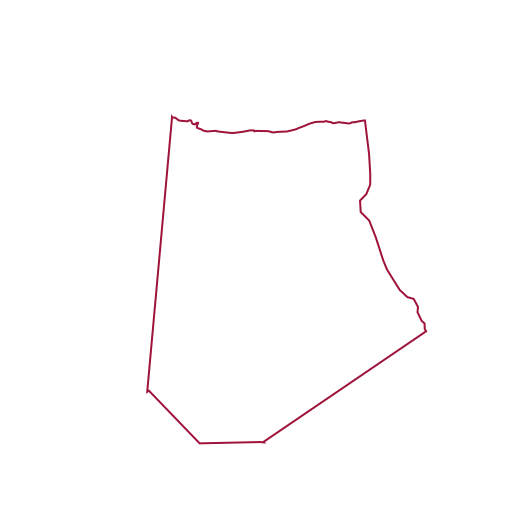 Morne La Croix, Soufrière, Saint Lucia (Mercator projection), rotated 58°
{"feature_id": "8701671B11486827062004", "entity_name": "Morne La Croix", "entity_type": "district", "adm_level": 2, "iso_a3": "LCA", "parent_name": "Saint Lucia", "parent_adm1": "Soufrière", "projection": "mercator", "projection_center": [-61.064, 13.818], "detail": "fine", "context": "isolated", "style": "outline", "palette": "rose", "viewbox_px": 512, "rotation_deg": 58, "n_neighbors": 0, "source": "geoboundaries", "source_scale": "gbopen_adm2", "svg_char_len": 1391}
<svg xmlns="http://www.w3.org/2000/svg" viewBox="0 0 512 512"><g transform="rotate(58 256 256)"><path d="M418.4,347.9L417.6,347.9L410.0,151.6L407.3,151.6L402.5,148.8L398.8,149.9L389.2,148.8L385.0,145.6L375.9,145.0L371.1,149.4L361.0,152.1L337.1,152.1L327.5,150.5L303.5,144.5L285.9,141.2L274.2,143.9L264.1,138.4L262.0,129.7L256.1,121.4L247.6,116.0L229.5,106.1L198.8,91.8L197.8,93.7L196.0,98.1L195.6,99.5L195.3,100.5L193.5,103.8L193.4,105.7L192.5,107.5L189.7,110.8L189.0,111.8L186.5,114.7L185.3,118.0L185.0,118.9L183.7,120.8L182.7,121.2L182.1,121.6L180.3,123.7L179.2,124.7L178.6,125.2L178.2,126.9L177.4,128.5L175.8,131.0L174.8,132.8L173.7,135.0L172.1,140.7L171.3,146.1L170.2,151.4L169.6,155.4L168.4,159.1L166.8,163.8L163.9,168.9L161.7,172.8L160.9,175.0L159.4,177.1L158.6,177.5L155.9,180.4L153.5,184.3L151.0,187.9L149.6,190.5L149.4,191.3L148.2,191.4L146.3,194.6L143.9,200.8L140.0,209.4L138.2,212.3L133.7,217.9L130.0,222.6L128.8,223.4L126.8,227.0L124.6,231.3L121.8,234.2L119.9,235.1L117.1,237.3L116.0,238.0L115.3,237.9L113.9,236.7L112.9,235.0L112.4,234.6L111.7,235.7L111.7,237.2L112.0,238.2L110.5,239.6L109.2,239.8L107.1,239.3L106.6,239.4L106.1,239.8L105.5,240.9L105.5,242.7L103.1,245.9L101.8,247.7L100.0,249.7L98.3,250.3L95.9,251.2L95.1,252.3L94.7,253.0L94.0,253.5L93.6,253.5L313.5,420.2L313.5,418.2L385.0,403.1L415.9,351.2L418.4,347.9Z" fill="none" stroke="#9f1239" stroke-width="2"/></g></svg>